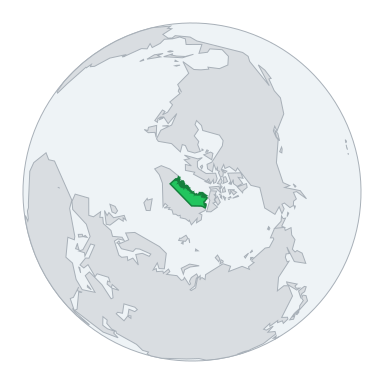 Qaasuitsup Kommunia on an orthographic globe, rotated 148°
{"feature_id": "GRL-2743", "entity_name": "Qaasuitsup Kommunia", "entity_type": "state/province", "adm_level": 1, "iso_a3": "GRL", "parent_name": "Greenland", "parent_adm1": "", "projection": "orthographic", "projection_center": [-56.716, 74.362], "detail": "fine", "context": "on_globe", "style": "filled", "palette": "green", "viewbox_px": 384, "rotation_deg": 148, "n_neighbors": 0, "source": "natural_earth", "source_scale": "10m", "svg_char_len": 16108}
<svg xmlns="http://www.w3.org/2000/svg" viewBox="0 0 384 384"><g transform="rotate(148 192 192)"><circle cx="192" cy="192" r="169" fill="#eef3f6" stroke="#a8b0b8"/><path d="M138.8,352.4L138.0,352.1L122.2,344.0L125.9,343.7L122.7,341.2L133.2,341.1L130.8,335.2L127.2,333.1L123.4,333.5L111.5,324.4L107.9,317.6L75.1,283.5L72.5,277.3L73.9,272.2L70.1,241.2L68.4,264.7L65.6,256.7L64.7,246.4L66.9,247.1L68.6,234.2L67.1,225.0L72.8,209.6L87.6,198.7L87.0,203.9L90.6,200.8L91.6,194.2L91.3,190.6L104.9,172.1L109.8,151.7L105.7,145.6L111.0,146.7L99.5,135.8L98.5,125.6L103.1,136.9L106.2,137.9L107.2,130.8L110.7,130.4L113.2,126.8L117.2,126.9L119.5,133.7L122.2,134.0L122.8,128.9L127.2,126.0L125.9,133.3L133.5,129.1L138.8,139.9L132.1,159.9L138.5,166.4L140.7,188.3L143.9,186.5L146.8,193.8L151.6,194.5L150.6,198.5L155.2,195.6L155.2,191.8L157.2,189.3L160.0,189.3L159.3,194.4L157.8,195.1L159.1,196.7L157.5,199.2L159.9,198.0L158.6,204.3L164.0,198.3L166.5,203.4L164.6,207.5L159.4,206.8L141.9,215.0L138.4,219.1L138.6,225.7L150.3,238.5L148.7,243.4L150.3,250.2L153.7,247.6L153.6,241.4L160.4,238.4L159.5,231.3L162.1,229.1L163.4,222.0L169.0,223.6L173.8,228.9L173.0,234.9L175.1,237.4L180.6,232.2L183.7,243.9L193.7,252.8L193.9,255.9L185.7,260.9L173.8,259.6L163.3,266.6L176.0,262.6L176.2,270.6L178.7,272.2L182.1,272.2L184.4,269.4L185.7,272.3L173.6,277.2L172.2,274.6L176.1,273.1L170.4,272.6L162.3,276.2L163.1,280.1L150.0,281.9L150.3,284.7L147.7,286.8L148.0,282.1L147.2,290.7L131.9,294.4L130.6,307.4L125.5,294.9L119.8,290.9L112.7,287.3L112.3,289.4L103.4,282.1L94.3,280.7L89.2,287.8L91.0,296.7L101.0,303.9L104.8,302.3L112.6,305.9L105.4,311.9L118.8,320.2L116.5,325.4L120.2,329.9L127.3,332.2L134.5,336.2L140.2,334.9L149.2,335.6L148.9,340.0L154.2,337.2L158.9,340.4L177.1,342.8L175.5,343.6L190.7,349.1L207.9,350.2L211.8,352.1L209.7,353.6L215.8,353.3L215.9,354.0L240.6,349.9L253.6,347.1L253.4,348.6L243.0,353.0L241.3,353.6L228.7,356.9L215.9,359.3L203.0,360.6L190.0,360.9L177.0,360.3L164.0,358.6L151.3,356.0L138.8,352.4ZM34.1,153.2L35.5,152.0L34.3,155.2L34.1,153.2ZM36.6,149.6L36.1,150.3L36.6,149.4L36.6,149.6ZM37.2,147.8L36.8,149.1L37.1,147.7L37.2,147.8ZM37.7,145.5L37.5,146.7L37.4,146.6L37.7,145.5ZM129.0,310.9L144.4,321.8L134.9,319.4L136.9,319.1L133.1,315.5L125.9,310.5L117.8,308.0L129.0,310.9ZM39.1,141.7L39.5,140.8L39.4,141.8L39.1,141.7ZM137.6,307.4L134.9,305.9L137.6,306.8L137.6,307.4ZM90.6,189.1L91.2,194.1L89.1,200.4L88.2,196.2L90.6,189.1ZM95.1,177.6L96.3,179.7L92.2,182.7L92.8,180.6L95.1,177.6ZM102.0,141.5L101.9,145.3L100.8,141.8L102.0,141.5ZM112.8,126.2L111.8,125.3L113.5,123.8L112.8,126.2ZM160.2,221.7L161.7,221.9L160.7,223.1L160.2,221.7ZM159.3,218.5L157.0,219.8L156.2,218.5L157.6,217.7L159.3,218.5ZM121.2,122.8L124.4,120.7L121.6,124.0L121.2,122.8ZM162.3,217.3L155.1,216.0L153.8,213.7L158.2,208.9L162.3,217.3ZM126.4,120.3L134.0,115.5L132.3,113.0L141.3,117.4L131.9,120.0L128.8,124.3L128.8,121.1L126.4,120.3ZM154.0,190.6L154.1,194.6L151.4,191.2L154.0,190.6ZM151.7,189.0L140.4,182.4L141.5,176.6L145.1,179.9L144.5,172.4L150.6,172.8L152.4,177.0L150.4,180.7L154.2,178.0L151.7,189.0ZM145.1,120.8L147.3,120.6L145.4,122.1L145.1,120.8ZM157.8,188.0L155.4,187.1L156.3,182.0L161.2,182.8L159.4,184.2L157.8,188.0ZM141.4,170.3L142.8,166.7L148.2,166.0L149.5,164.5L150.9,172.3L141.4,170.3ZM160.6,185.4L163.7,183.3L165.9,185.8L160.2,188.5L160.6,185.4ZM154.4,180.3L155.0,178.0L156.3,179.5L154.4,180.3ZM175.3,193.8L172.4,192.8L172.6,190.0L175.3,193.8ZM164.7,182.4L163.9,181.6L163.7,180.4L166.1,179.6L164.7,182.4ZM154.6,171.3L156.5,171.8L154.3,168.1L158.2,167.5L158.4,172.8L160.0,170.3L161.2,170.1L160.0,174.7L154.6,171.3ZM167.9,175.3L169.5,182.0L174.8,184.4L174.7,186.9L166.2,182.6L167.9,175.3ZM163.4,174.5L166.1,175.5L164.7,178.1L161.9,179.0L163.4,174.5ZM160.9,165.2L154.8,164.7L154.9,163.6L160.9,165.2ZM169.7,175.5L169.2,173.8L170.2,175.3L169.7,175.5ZM163.9,167.7L161.7,167.7L162.0,166.4L163.9,167.7ZM170.2,170.7L170.7,172.8L168.9,173.5L170.2,170.7ZM167.5,168.9L168.4,167.2L167.9,172.4L166.5,169.1L167.5,168.9ZM164.5,166.5L163.9,165.7L165.4,166.7L164.5,166.5ZM177.0,167.1L176.8,173.5L172.7,174.9L173.4,168.4L177.0,167.1ZM262.0,38.2L263.2,39.0L271.0,42.8L269.7,42.5L274.3,47.0L285.1,53.3L302.7,65.0L305.6,66.9L313.6,74.7L316.0,78.4L313.7,79.3L317.8,83.9L319.8,92.2L330.9,112.3L330.2,114.2L332.8,118.5L333.9,125.7L331.8,128.4L333.6,133.5L338.3,126.3L336.2,120.8L331.2,114.6L333.2,114.0L331.9,107.5L341.6,120.3L354.3,153.9L351.6,153.5L341.1,167.2L339.2,165.5L338.6,165.6L341.7,169.3L338.5,171.5L348.4,165.5L351.7,166.2L354.5,154.5L355.2,156.6L354.9,152.3L349.3,133.8L350.1,134.8L355.2,148.1L355.4,149.2L358.1,161.0L359.9,173.0L360.8,185.1L360.9,197.3L360.1,209.4L358.4,221.5L355.8,233.3L352.4,245.0L348.2,256.4L345.7,260.3L346.7,254.3L344.9,256.2L341.6,263.2L339.0,265.3L336.6,269.3L318.6,295.5L310.6,300.8L295.0,302.6L296.4,295.3L292.2,291.1L298.2,248.9L304.5,242.9L314.9,216.5L317.1,213.8L321.3,219.4L333.5,203.5L331.0,195.1L336.6,179.3L336.9,167.4L327.4,158.3L326.9,177.6L321.4,178.6L317.5,161.0L317.2,144.3L315.0,144.1L310.8,152.9L306.1,147.3L308.7,155.8L311.1,153.6L312.8,158.9L310.8,161.3L309.2,159.2L308.0,163.9L315.8,172.9L319.0,171.7L318.7,185.5L324.0,184.9L325.6,189.5L317.2,192.4L314.5,190.5L302.7,198.5L305.5,201.6L316.8,194.4L315.3,197.4L319.2,201.9L315.1,200.9L302.0,208.2L298.7,220.6L302.4,240.4L298.8,247.6L292.2,252.1L282.8,241.6L291.9,226.9L288.7,223.2L280.0,223.7L283.6,219.3L281.1,217.8L283.9,212.2L281.1,202.3L282.9,196.5L275.3,190.7L275.2,187.0L279.7,191.5L283.8,191.5L287.5,177.2L286.3,173.9L281.1,171.4L282.8,167.9L277.2,167.3L276.2,158.5L272.8,168.8L266.6,166.3L262.4,160.1L259.8,161.2L266.6,171.3L269.8,173.8L273.6,172.8L281.9,181.3L282.0,186.7L271.0,185.0L270.0,192.4L261.9,188.0L248.5,162.9L246.3,153.6L256.2,141.5L260.5,144.5L259.0,150.3L266.3,146.5L262.9,146.0L264.2,143.2L258.6,140.3L259.4,138.2L252.8,139.1L253.0,136.2L257.2,135.6L249.1,129.0L247.9,122.7L245.7,122.2L243.7,123.6L243.5,114.7L241.9,114.8L241.4,117.7L237.9,119.8L231.5,120.1L231.8,117.0L234.1,116.5L239.4,110.9L245.5,110.1L244.9,108.8L239.7,108.8L233.3,115.7L229.4,116.7L231.9,113.0L230.7,114.4L228.8,114.0L227.3,110.8L224.3,114.7L203.7,114.7L198.6,108.6L203.1,105.1L188.9,102.4L184.3,96.0L183.8,98.6L176.7,99.3L178.0,101.3L177.3,102.6L159.7,105.7L155.7,104.1L147.6,108.7L147.4,110.1L149.8,111.5L141.3,117.4L132.3,113.0L133.3,110.0L126.9,109.3L130.2,102.7L129.9,97.0L137.2,90.3L136.4,86.5L133.9,86.7L131.0,81.8L133.3,71.2L142.1,78.8L140.7,95.1L142.2,88.3L145.0,89.6L147.5,87.1L148.3,82.4L146.4,81.9L163.8,73.8L172.0,62.9L163.7,63.8L159.9,61.3L161.9,50.5L182.4,38.1L177.4,35.2L178.0,33.4L184.2,32.2L183.6,34.8L188.7,35.9L187.4,37.6L197.1,36.9L195.7,39.3L204.0,37.7L202.2,35.5L194.2,35.2L202.0,32.9L195.5,29.7L196.2,27.2L212.0,25.6L226.0,27.5L227.2,27.4L232.0,29.0L239.6,30.5L233.8,28.3L248.2,32.6L262.0,38.2ZM302.1,265.3L303.3,267.2L302.1,265.3ZM320.8,128.9L317.9,118.8L312.3,120.9L310.8,117.2L309.4,119.3L311.9,121.1L307.6,126.0L303.9,120.9L300.7,121.2L301.5,124.6L309.0,133.2L315.2,126.0L318.8,129.4L320.8,128.9ZM177.6,342.7L179.8,343.7L176.8,343.5L177.6,342.7ZM133.3,321.2L136.7,322.5L138.4,324.0L135.7,323.3L133.3,321.2ZM163.1,329.3L167.2,330.4L162.8,330.2L163.1,329.3ZM147.0,323.2L159.8,328.5L151.2,328.3L143.1,324.8L148.9,325.9L147.0,323.2ZM135.2,310.5L137.3,311.8L136.4,312.7L135.2,310.5ZM139.6,308.1L138.8,307.9L137.9,306.5L139.6,308.1ZM176.9,270.3L177.9,270.0L181.3,270.6L179.4,271.7L176.9,270.3ZM197.7,265.5L199.4,270.3L196.9,267.6L194.6,269.9L186.7,267.2L193.5,257.3L191.8,262.2L197.7,265.5ZM177.9,260.9L182.2,263.7L177.2,261.1L177.9,260.9ZM265.1,215.5L268.2,214.2L270.4,217.4L268.1,225.1L264.9,220.6L265.1,215.5ZM272.1,211.7L261.9,208.1L262.9,203.2L264.1,206.5L265.8,203.7L268.1,208.3L279.1,207.4L281.8,210.1L276.0,222.7L276.5,217.0L273.4,218.6L272.1,211.7ZM233.8,208.6L229.4,207.3L237.3,198.4L240.6,200.6L238.5,208.4L233.4,210.3L233.8,208.6ZM171.4,209.1L169.2,209.4L169.4,208.0L171.5,206.5L171.4,209.1ZM174.0,193.5L181.3,206.3L179.2,207.3L186.1,213.8L183.0,218.9L178.7,214.5L181.5,223.4L176.4,221.5L178.9,227.3L169.5,217.0L165.0,215.7L171.2,215.1L174.1,210.4L174.0,208.0L170.3,200.3L162.0,195.4L163.6,190.0L166.8,187.6L169.1,187.9L167.4,191.2L171.6,189.3L170.8,194.4L174.0,193.5ZM204.5,163.5L201.6,166.9L209.9,164.5L209.2,169.4L210.2,168.8L211.8,172.7L215.6,176.4L214.4,178.5L216.4,179.1L217.5,181.7L219.7,183.2L218.5,187.5L221.2,189.7L219.1,190.5L224.1,193.2L219.9,193.2L220.9,196.6L224.4,194.8L212.4,215.2L210.6,224.0L211.4,231.4L204.1,230.6L198.6,223.2L195.1,213.0L197.9,204.8L194.1,206.0L194.3,202.4L197.2,202.9L192.8,200.0L193.8,197.2L190.6,188.6L183.7,186.2L182.4,183.0L185.6,182.6L182.0,179.7L187.1,176.8L186.3,174.5L190.5,169.4L197.2,170.0L195.7,167.4L198.9,163.5L204.5,163.5ZM178.4,165.7L186.5,165.2L190.1,167.6L181.2,175.5L181.2,178.0L175.7,183.3L170.6,179.7L172.7,178.5L173.5,176.5L174.7,178.5L174.3,175.4L177.2,173.7L177.6,170.9L180.1,171.5L178.4,165.7ZM316.3,209.2L317.4,206.8L318.4,202.8L320.8,205.6L316.3,209.2ZM307.5,214.3L308.1,211.9L312.0,213.8L310.9,216.3L307.5,214.3ZM305.0,209.1L307.8,211.7L305.6,211.8L305.0,209.1ZM279.9,189.2L280.0,186.6L281.3,186.7L282.8,188.7L279.9,189.2ZM229.0,158.0L226.8,159.4L226.0,158.5L220.0,158.5L220.0,155.0L223.7,153.6L229.0,158.0ZM329.2,162.5L331.1,166.9L330.2,168.2L329.7,166.4L329.2,162.5ZM327.3,187.4L329.3,182.4L327.9,188.2L327.3,187.4ZM228.1,154.2L225.6,154.6L227.2,152.6L228.1,154.2ZM219.7,152.5L221.0,150.0L219.3,154.6L219.7,152.5ZM227.9,27.2L232.5,28.3L232.3,28.4L226.3,27.2L227.9,27.2ZM196.8,25.5L197.7,24.5L198.9,24.2L200.6,24.9L196.8,25.5ZM225.0,125.6L233.3,129.4L239.4,130.0L242.9,126.9L241.6,133.0L232.2,132.1L225.0,125.6ZM206.3,116.3L203.3,119.2L202.2,117.0L202.7,116.1L206.3,116.3ZM206.2,118.7L207.1,124.0L203.8,125.0L203.8,120.6L206.2,118.7ZM217.9,138.8L220.4,140.2L219.1,141.7L217.9,138.8ZM199.4,23.2L199.2,23.4L194.9,23.3L196.7,23.1L199.4,23.2ZM168.0,32.4L168.6,33.6L164.5,34.4L165.2,33.4L168.0,32.4ZM151.7,38.5L163.6,35.0L173.2,32.8L170.6,32.4L173.3,30.3L176.9,31.8L169.7,34.8L162.5,36.2L160.8,38.5L155.1,41.0L155.3,43.9L152.6,45.8L150.2,43.7L151.7,38.5ZM155.7,45.2L154.1,51.6L146.7,52.4L145.4,51.1L149.3,47.8L152.9,47.6L155.7,45.2ZM151.5,53.4L155.1,53.3L160.1,63.2L159.4,65.6L151.6,58.2L154.5,57.7L154.6,55.2L151.5,53.4ZM146.9,119.0L147.2,120.5L145.6,119.7L146.9,119.0ZM178.2,103.7L176.9,105.4L175.1,104.3L178.2,103.7ZM172.2,109.6L175.2,109.6L172.0,110.8L172.2,109.6ZM181.9,109.5L176.4,110.2L181.8,107.7L181.9,109.5Z" fill="#d9dde1" stroke="#a8b0b8" stroke-width="1"/><path d="M184.3,184.7L184.3,184.4L183.6,184.3L183.1,183.8L183.6,183.3L182.8,183.8L182.6,183.4L182.8,183.3L182.4,183.0L182.6,182.7L182.9,182.7L183.6,182.6L185.7,183.4L185.9,183.1L184.0,182.6L185.1,182.5L185.8,183.0L185.6,182.5L186.1,182.3L185.7,181.7L185.8,181.6L185.1,182.0L184.6,182.0L184.5,181.5L184.4,181.5L184.5,181.9L184.1,182.0L183.5,181.6L184.0,181.3L184.1,181.1L183.3,181.2L183.8,180.8L183.0,180.8L182.9,180.7L183.1,180.6L182.5,180.2L182.6,179.9L182.2,179.5L182.7,179.2L182.7,178.8L182.7,178.7L182.8,178.5L183.5,178.3L183.9,178.5L184.0,178.3L185.0,178.0L185.0,177.8L186.0,177.4L186.8,177.6L187.0,177.5L186.9,177.5L187.7,176.5L187.6,176.1L187.7,175.7L187.8,175.2L188.4,174.7L188.3,174.4L188.1,174.8L187.8,174.9L186.8,174.8L186.8,174.5L186.6,174.3L186.7,174.0L187.1,173.6L187.2,173.4L187.8,173.1L187.7,173.0L188.1,172.8L188.1,172.5L188.3,172.4L188.3,172.2L188.9,171.8L189.1,173.0L189.0,171.8L189.2,171.7L189.7,172.0L190.3,173.6L191.8,175.3L199.7,180.4L206.2,210.5L198.9,211.8L198.6,211.6L198.8,211.4L199.2,211.1L199.6,211.2L199.2,211.1L198.4,211.5L198.5,211.4L198.0,211.3L198.4,211.2L199.2,210.8L198.6,210.7L198.5,210.8L198.2,211.1L197.9,210.8L198.4,210.7L197.7,210.7L198.0,211.0L197.8,211.3L196.9,211.1L197.6,210.5L196.1,211.3L195.4,212.1L195.3,211.8L195.5,211.4L195.4,211.2L195.8,211.2L195.6,211.0L195.7,210.9L195.8,211.1L196.1,210.9L195.8,210.9L196.2,210.6L195.8,210.5L197.0,210.7L196.4,210.6L195.9,210.2L195.6,210.2L195.9,210.0L196.7,210.4L196.3,210.1L197.3,210.4L198.0,210.2L198.8,210.6L199.3,210.5L197.8,209.9L198.3,209.9L197.8,209.7L198.1,209.6L198.0,209.2L198.4,208.9L197.5,209.3L198.0,209.6L196.7,210.0L196.6,209.7L196.1,209.8L196.5,209.5L195.7,209.8L195.6,209.6L195.9,209.7L196.7,209.1L196.4,209.0L198.0,208.8L198.1,208.7L198.0,208.4L198.3,208.6L198.3,208.4L198.1,208.3L198.4,208.0L197.8,208.3L198.1,207.7L197.9,207.9L197.9,207.1L198.3,207.1L198.0,207.4L198.4,207.2L198.7,207.7L198.6,207.4L198.7,207.2L198.9,207.5L198.8,207.2L198.3,207.1L198.9,206.9L198.5,206.8L198.6,206.4L198.4,206.8L197.9,206.9L198.1,206.7L198.0,206.1L198.7,205.9L198.0,206.0L198.1,205.6L198.5,205.7L198.0,205.4L198.6,205.2L198.2,204.7L198.5,204.4L197.5,204.7L197.9,204.5L197.5,204.4L197.3,204.7L196.4,204.5L196.1,204.1L194.7,203.6L194.0,202.9L194.5,202.4L195.8,202.5L197.1,203.4L198.1,203.5L198.0,203.4L198.1,203.0L197.6,203.3L197.3,202.9L197.7,203.1L197.9,203.0L197.6,202.7L197.9,202.6L197.5,202.6L197.5,202.3L197.1,202.5L197.3,202.2L197.7,202.4L197.9,202.4L197.6,202.2L196.6,201.7L197.3,201.8L197.6,201.6L197.0,201.5L197.2,201.2L196.3,201.4L196.9,200.9L196.8,200.6L196.0,201.2L196.2,200.9L196.2,200.7L197.0,200.2L196.0,200.7L195.5,200.6L196.6,199.9L196.7,199.6L196.2,199.9L195.2,199.7L195.5,199.3L195.5,199.1L195.7,198.8L195.1,199.5L195.0,198.8L194.7,198.5L194.6,197.9L194.8,197.8L194.5,197.9L194.6,198.4L195.0,199.3L194.6,199.7L194.7,200.0L194.4,199.8L194.7,200.2L194.6,200.5L194.0,200.8L193.4,200.4L193.5,200.7L193.1,200.6L193.0,200.0L192.8,199.9L193.3,199.6L193.3,199.3L193.7,199.2L194.0,198.8L194.1,198.3L193.9,198.9L193.3,199.2L193.0,199.0L193.6,198.2L193.6,197.9L193.8,197.8L192.9,197.6L193.1,197.4L194.1,197.5L193.5,197.4L193.8,197.1L193.6,196.9L193.9,196.6L193.6,196.6L193.8,196.5L193.6,196.1L192.9,195.8L193.2,195.5L193.1,195.4L193.3,195.4L193.1,195.2L193.4,194.9L192.5,194.1L192.6,193.8L192.8,193.9L192.6,193.5L192.9,193.4L192.5,193.0L192.2,192.9L192.4,192.7L192.5,192.2L191.5,192.8L192.3,192.2L192.0,192.0L192.5,191.9L191.9,191.7L192.5,191.6L192.1,191.3L192.2,191.2L191.7,190.9L191.9,190.7L191.7,190.3L190.9,190.0L191.1,189.6L190.7,189.2L190.9,188.9L190.5,189.1L190.9,188.8L190.9,188.5L190.7,188.4L190.8,188.2L190.6,188.1L190.8,188.0L190.3,188.0L190.1,187.8L190.3,187.6L190.2,187.5L189.8,187.7L189.9,187.4L189.3,186.9L189.1,187.1L189.0,186.6L188.1,186.1L187.7,186.4L187.7,186.1L187.4,185.8L186.8,186.5L186.8,186.2L186.8,185.9L186.6,185.8L186.6,186.1L186.4,186.0L186.5,186.4L185.9,186.2L185.9,186.6L185.5,186.4L185.8,186.0L185.7,185.9L185.4,185.8L185.2,186.4L184.9,185.8L184.6,186.0L185.0,186.9L183.7,186.1L183.8,185.9L183.1,185.1L183.6,184.8L183.8,185.5L184.0,185.5L184.2,184.9L184.5,185.0L184.6,184.7L184.3,184.7ZM196.7,206.2L195.0,206.9L194.5,206.6L195.4,206.4L195.2,206.3L195.5,206.0L195.0,206.4L195.1,206.2L194.8,206.2L194.9,205.9L194.0,206.0L193.8,205.7L194.4,205.7L193.8,205.2L194.0,204.9L194.5,205.0L193.9,204.6L194.0,204.1L194.4,203.8L195.4,204.2L196.0,204.9L196.8,205.2L196.9,205.4L196.8,205.6L197.0,205.7L196.7,206.2ZM197.6,204.8L198.0,204.8L198.1,205.0L197.9,205.4L197.9,205.9L197.7,206.0L197.4,205.5L197.8,204.9L197.4,205.0L197.6,204.8ZM196.1,200.9L195.6,201.3L195.3,200.8L196.1,200.9ZM195.1,201.7L194.6,201.4L194.9,200.9L195.2,201.4L195.1,201.7ZM181.9,181.7L182.7,182.0L182.1,182.0L181.9,181.7ZM193.2,197.2L192.8,197.1L193.0,196.7L193.5,196.5L193.2,197.2ZM183.0,181.8L183.5,182.1L182.8,181.8L183.0,181.8ZM193.5,197.8L193.2,198.5L192.9,198.4L193.2,198.2L193.5,197.8ZM195.4,200.2L195.0,199.9L195.7,199.8L195.4,200.2ZM192.6,193.6L192.3,193.7L192.0,193.4L192.6,193.6ZM196.9,208.5L196.6,208.6L195.9,208.9L196.3,208.5L196.9,208.5ZM196.5,201.8L197.0,202.0L196.4,202.1L196.5,201.8ZM192.2,191.6L191.6,191.7L191.3,191.6L192.0,191.4L192.2,191.6ZM192.9,196.0L193.0,195.8L193.4,196.1L192.9,196.0ZM192.9,196.7L192.6,197.0L192.4,196.9L192.9,196.7ZM183.3,184.4L183.2,184.6L183.3,184.4ZM192.8,199.3L193.1,199.1L193.2,199.3L193.1,199.5L192.8,199.3ZM195.8,209.3L196.0,209.1L196.2,209.3L195.9,209.5L195.8,209.3ZM192.5,194.4L193.0,194.7L192.8,194.8L192.9,194.6L192.5,194.4ZM194.0,203.7L193.8,203.7L193.7,203.4L194.0,203.7ZM196.6,208.8L197.3,208.7L197.0,208.9L196.6,208.8ZM187.3,173.2L187.1,173.2L187.3,173.2ZM196.8,202.4L197.1,202.6L196.7,202.5L196.8,202.4Z" fill="#22c55e" stroke="#15803d" stroke-width="1.5"/></g></svg>